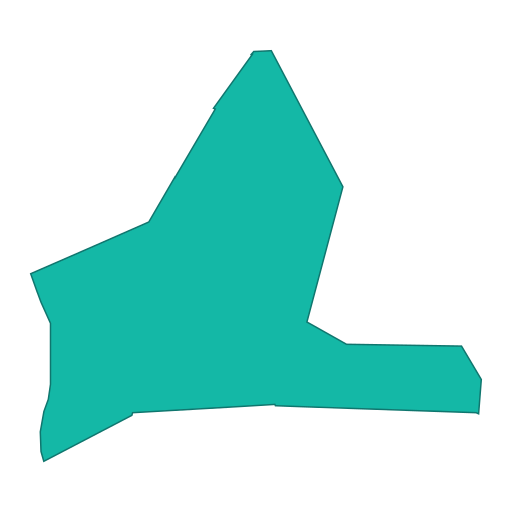 the district of Guesneau, Castries, Saint Lucia
{"feature_id": "8701671B77991927650857", "entity_name": "Guesneau", "entity_type": "district", "adm_level": 2, "iso_a3": "LCA", "parent_name": "Saint Lucia", "parent_adm1": "Castries", "projection": "orthographic", "projection_center": [-60.966, 13.992], "detail": "fine", "context": "isolated", "style": "filled", "palette": "teal", "viewbox_px": 512, "rotation_deg": 0, "n_neighbors": 0, "source": "geoboundaries", "source_scale": "gbopen_adm2", "svg_char_len": 648}
<svg xmlns="http://www.w3.org/2000/svg" viewBox="0 0 512 512"><path d="M271.3,50.7L263.1,51.1L253.8,51.5L250.6,55.1L251.5,54.5L253.0,53.5L213.5,108.3L215.3,109.0L176.1,175.8L175.0,177.7L174.8,177.2L148.8,222.0L86.0,249.6L30.7,273.7L37.3,292.3L37.5,292.7L41.0,302.2L50.5,323.3L50.5,354.2L50.5,384.3L49.8,389.2L48.3,399.4L44.7,409.3L43.9,411.5L42.3,420.5L40.3,431.8L40.6,440.0L41.0,451.5L43.8,461.3L131.9,415.3L132.4,413.3L132.6,412.7L241.9,406.4L274.9,404.4L275.4,405.7L296.9,406.5L476.1,412.7L478.6,413.8L481.3,379.5L461.5,346.1L346.5,344.3L306.9,322.0L342.9,186.8L341.1,183.4L271.3,50.7Z" fill="#14b8a6" stroke="#0f766e" stroke-width="1.5"/></svg>